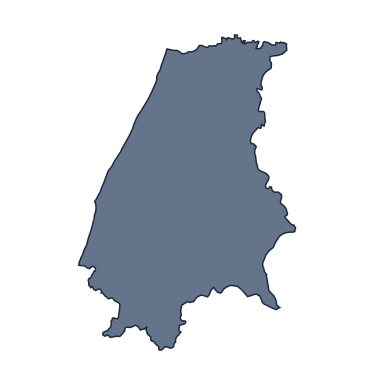 Vatomandry, Atsinanana, Madagascar (Mercator projection), rotated 185°
{"feature_id": "10022922B31178585124685", "entity_name": "Vatomandry", "entity_type": "district", "adm_level": 2, "iso_a3": "MDG", "parent_name": "Madagascar", "parent_adm1": "Atsinanana", "projection": "mercator", "projection_center": [48.762, -19.365], "detail": "fine", "context": "isolated", "style": "filled", "palette": "slate", "viewbox_px": 384, "rotation_deg": 185, "n_neighbors": 0, "source": "geoboundaries", "source_scale": "gbopen_adm2", "svg_char_len": 5941}
<svg xmlns="http://www.w3.org/2000/svg" viewBox="0 0 384 384"><g transform="rotate(185 192 192)"><path d="M167.3,88.9L165.6,91.7L164.8,95.1L163.1,97.7L162.0,98.9L160.3,96.6L158.1,94.5L154.8,93.8L153.7,94.7L152.6,96.9L151.3,98.7L147.8,101.3L146.2,102.1L144.8,102.3L140.2,102.2L138.0,101.7L133.8,98.8L127.5,92.6L122.5,94.6L121.5,95.3L118.7,95.9L116.5,94.6L115.4,94.5L112.6,88.9L111.3,87.3L109.8,86.3L107.7,85.8L106.0,84.9L98.6,82.3L97.6,82.4L96.9,82.8L95.5,84.1L94.5,84.5L96.1,85.4L97.5,86.7L97.9,87.5L98.8,90.9L99.7,93.0L101.4,95.6L106.9,100.5L107.9,105.3L108.7,107.4L109.3,110.7L110.9,115.3L110.3,115.9L113.0,119.1L113.6,121.4L115.2,124.8L115.3,127.7L112.8,135.8L111.0,138.8L109.4,140.8L107.7,142.6L106.4,143.5L104.6,148.7L101.5,154.7L100.2,156.3L97.9,158.2L94.8,159.6L91.6,160.5L87.8,160.8L86.1,161.6L86.3,162.5L85.6,165.0L87.5,167.8L88.1,168.1L89.0,167.8L90.3,168.4L95.5,173.2L96.8,174.2L97.3,175.0L97.4,175.6L97.2,175.8L95.2,177.5L95.0,179.2L95.9,180.8L96.4,182.6L97.3,184.1L98.6,185.6L102.5,188.4L103.1,189.8L103.0,190.5L102.7,192.6L102.3,193.4L102.3,195.7L102.9,197.5L106.3,199.5L108.6,199.0L110.3,199.3L111.1,199.8L112.6,201.1L113.2,203.4L114.0,204.2L114.9,204.0L116.3,201.9L117.6,202.0L118.9,202.6L119.3,204.4L119.1,205.9L117.1,210.6L116.6,212.9L117.0,214.4L119.1,216.5L120.3,217.2L126.2,219.2L127.4,219.8L128.1,220.6L128.7,221.7L129.2,224.1L130.5,226.9L131.8,233.3L132.9,235.8L133.1,239.6L131.9,242.6L132.9,243.8L135.2,245.5L137.5,245.5L138.4,248.6L137.5,253.3L136.3,255.9L135.5,257.2L132.5,261.0L131.4,262.0L129.3,261.4L128.8,261.8L128.8,265.3L128.3,265.5L127.3,264.4L125.9,264.0L125.7,266.2L125.0,269.0L126.1,273.0L126.3,275.4L126.8,277.6L127.9,278.4L130.0,278.3L131.6,277.9L132.1,278.1L133.0,279.4L132.9,281.1L131.1,290.2L131.1,291.8L132.2,293.0L133.3,295.3L134.5,297.0L136.4,298.7L136.6,300.1L136.3,300.4L135.0,300.6L133.6,300.1L131.6,299.8L131.2,299.9L131.1,302.5L131.8,303.0L132.7,305.3L132.7,308.0L131.3,314.3L129.2,317.7L126.4,320.3L124.6,321.6L124.0,322.5L124.0,326.4L124.2,327.3L125.6,329.5L126.2,331.7L126.2,333.2L124.8,334.1L121.4,335.0L119.5,335.2L114.0,337.3L110.1,341.3L110.0,342.3L110.6,345.0L110.7,347.7L112.8,348.7L114.4,348.4L116.4,349.1L117.1,348.9L117.5,348.2L118.0,348.1L119.5,348.1L121.1,348.4L121.5,348.0L121.6,346.0L121.7,345.7L122.2,345.5L125.2,345.5L128.6,347.2L130.0,347.7L131.3,347.7L132.9,348.1L133.4,347.9L134.1,347.1L134.2,345.5L134.6,344.2L136.3,341.2L137.7,340.7L140.4,340.4L140.7,340.9L139.7,342.5L140.0,344.1L138.7,345.9L138.4,346.8L138.5,347.5L138.9,347.8L140.0,347.8L141.9,346.5L142.5,346.4L143.3,348.0L144.3,348.3L146.1,346.0L149.4,346.2L152.5,343.8L152.9,343.8L153.5,344.4L152.4,346.1L152.2,346.6L152.4,347.3L154.0,347.2L154.5,346.6L155.0,345.1L155.5,344.9L156.4,348.0L157.4,349.9L159.2,349.2L160.2,349.4L160.5,350.5L160.4,351.9L160.7,352.2L162.8,352.3L163.3,352.0L163.4,351.5L163.0,350.2L163.1,349.3L164.3,347.9L169.6,348.9L170.1,348.5L170.4,346.8L171.0,346.6L171.5,347.6L172.1,348.0L173.5,348.1L175.0,348.8L175.5,348.7L175.9,348.0L175.2,344.5L175.6,342.6L175.9,342.3L178.2,342.2L179.4,341.8L181.0,339.5L181.4,339.4L182.4,339.7L184.4,339.1L187.6,339.1L189.1,337.4L190.3,337.3L195.0,338.8L197.0,338.7L197.8,338.1L199.0,335.5L200.3,333.9L203.2,332.0L208.4,331.1L209.4,329.8L213.9,328.8L215.5,329.7L216.2,330.4L218.6,331.5L220.4,331.8L221.8,331.4L229.5,332.3L230.1,328.7L233.6,315.1L234.5,310.5L236.2,307.4L237.2,303.7L236.9,300.9L237.2,299.0L240.6,288.8L243.6,281.2L245.7,276.7L250.1,267.8L252.2,264.2L253.0,262.4L253.0,261.8L253.7,260.9L255.9,253.8L256.7,250.0L259.4,242.5L265.6,229.0L266.5,226.0L271.9,216.0L274.1,210.6L277.3,205.8L281.0,192.4L282.7,187.4L283.1,185.2L287.0,175.9L288.0,174.6L288.0,173.8L287.4,173.0L286.7,170.8L286.2,167.7L286.1,165.7L286.5,163.0L287.0,161.1L287.3,157.1L287.1,156.0L287.8,154.2L288.4,149.3L289.4,144.4L291.2,137.2L292.4,129.9L294.4,125.0L295.5,120.0L297.1,116.4L297.1,115.2L298.1,113.3L298.4,109.1L293.7,109.0L292.5,108.8L289.6,107.2L288.4,106.8L287.4,106.8L286.8,107.2L284.9,109.3L283.7,109.1L281.7,108.0L281.3,106.4L281.7,105.0L282.0,104.7L282.8,104.6L283.2,102.9L283.6,102.1L284.2,101.4L284.9,98.9L285.4,97.9L287.0,96.8L287.5,96.0L287.7,94.9L286.9,93.1L286.8,90.7L286.2,89.5L285.4,89.0L284.5,87.9L284.1,88.4L283.7,88.3L283.3,88.9L282.9,89.1L282.1,88.2L281.9,87.0L281.1,86.1L280.4,86.0L279.3,85.4L276.7,87.3L276.1,87.3L274.5,86.6L273.7,85.8L273.3,84.9L273.7,83.9L273.6,83.4L273.3,83.5L273.0,84.0L272.5,84.0L269.5,80.7L268.2,80.2L266.7,78.9L265.9,78.5L265.0,78.5L264.2,79.2L262.2,79.5L261.1,78.8L260.1,77.3L258.8,76.5L256.1,75.6L254.5,74.3L254.0,73.1L254.0,69.9L254.0,67.6L254.3,65.2L254.2,63.0L254.6,59.9L255.1,59.3L256.0,59.1L258.6,59.7L259.8,59.7L260.4,59.2L260.5,58.7L260.1,58.1L260.2,57.5L261.0,57.0L261.3,56.4L260.9,52.9L261.2,50.8L261.5,50.1L263.3,48.0L263.4,47.3L263.9,46.8L268.1,44.5L268.5,43.1L268.4,41.9L266.4,40.8L264.8,41.4L264.4,41.8L263.1,42.0L261.2,40.3L260.0,40.0L258.2,40.8L256.2,41.1L254.8,41.9L253.6,41.7L251.3,41.9L250.6,42.5L247.0,47.6L246.9,49.5L246.5,50.5L245.7,51.5L244.8,51.7L242.5,51.6L241.1,51.9L236.7,54.2L235.8,54.1L234.3,53.3L232.4,51.3L231.7,50.2L231.3,50.0L230.0,50.8L227.8,51.2L225.5,53.5L225.2,53.4L225.2,52.9L225.7,51.2L225.6,50.2L224.8,49.2L224.7,48.0L223.5,46.1L220.3,44.0L220.3,41.1L219.0,40.0L217.5,39.8L216.2,39.0L215.2,37.6L212.1,35.2L211.4,34.3L211.6,32.8L211.2,32.0L210.2,31.7L208.2,32.2L205.6,35.2L203.4,35.6L200.4,34.6L198.4,35.0L197.2,35.9L196.7,36.5L196.8,38.0L196.5,39.5L195.5,40.9L195.2,41.6L195.6,42.8L194.8,46.4L192.8,48.3L192.2,49.9L190.9,51.1L191.1,51.8L192.7,52.4L193.1,53.4L192.9,57.6L191.3,58.8L188.9,59.5L188.0,60.0L187.1,60.9L186.9,61.9L187.1,62.5L187.8,62.9L190.5,62.9L191.4,63.3L192.6,65.0L192.8,66.0L192.1,67.6L192.0,68.8L192.9,71.5L192.7,73.0L193.3,73.7L192.5,75.4L192.6,77.1L192.2,78.3L191.9,78.8L190.5,79.5L190.0,80.6L188.6,80.9L187.3,82.4L186.8,82.6L185.0,81.7L180.8,83.0L178.5,86.9L177.4,88.0L174.2,90.0L171.8,89.9L167.3,88.9Z" fill="#64748b" stroke="#1e293b" stroke-width="1.5"/></g></svg>